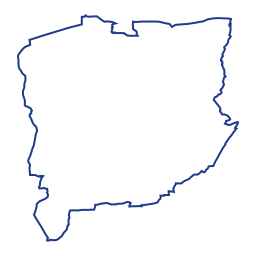 Priboieni, Arges, Romania (orthographic projection)
{"feature_id": "2599482B44265278220237", "entity_name": "Priboieni", "entity_type": "district", "adm_level": 2, "iso_a3": "ROU", "parent_name": "Romania", "parent_adm1": "Arges", "projection": "orthographic", "projection_center": [25.081, 44.876], "detail": "fine", "context": "isolated", "style": "outline", "palette": "blue", "viewbox_px": 256, "rotation_deg": 0, "n_neighbors": 0, "source": "geoboundaries", "source_scale": "gbopen_adm2", "svg_char_len": 5665}
<svg xmlns="http://www.w3.org/2000/svg" viewBox="0 0 256 256"><path d="M211.9,166.1L213.2,166.0L213.2,165.8L213.8,165.1L214.4,163.4L215.3,161.6L216.5,159.5L217.5,157.7L218.6,155.8L219.5,153.9L220.8,151.9L221.9,149.8L223.1,147.7L224.4,145.9L225.4,144.5L225.5,143.2L226.6,141.8L227.7,140.1L228.9,138.5L230.1,136.8L231.4,135.4L232.4,133.9L233.4,132.4L234.5,131.2L235.6,129.3L236.5,128.5L236.2,128.3L235.1,127.9L236.5,125.8L237.6,123.7L238.0,122.6L238.0,122.3L236.9,122.1L236.1,122.5L235.7,122.6L235.3,122.6L230.6,124.7L229.1,125.1L227.3,124.5L225.0,123.7L225.9,122.2L226.1,120.9L227.1,120.7L229.2,120.2L230.2,119.2L229.7,118.2L229.2,117.4L228.2,116.5L227.5,115.7L225.9,115.0L224.4,114.4L222.7,114.5L221.8,114.3L221.5,113.2L220.8,112.1L220.4,112.0L219.8,110.9L220.0,110.0L220.5,109.7L220.0,107.7L214.0,100.1L213.8,100.0L214.0,99.1L214.3,98.2L214.9,97.3L215.8,97.0L216.3,96.5L217.4,96.2L217.8,95.3L218.2,94.6L219.3,94.4L220.0,94.3L220.9,93.4L221.6,92.7L221.5,92.1L221.5,91.5L220.8,90.6L220.4,90.2L221.4,88.9L222.5,87.7L223.5,85.6L224.0,84.6L223.0,81.8L223.9,77.9L225.6,76.6L224.5,74.8L224.4,74.8L224.3,73.4L224.5,71.9L224.1,69.6L222.0,65.1L221.9,64.0L222.5,63.8L222.2,61.2L221.9,61.1L221.3,61.1L220.9,60.2L221.2,58.8L221.7,58.0L222.1,56.9L223.0,56.1L222.3,54.7L225.0,49.2L224.1,47.3L226.5,44.8L228.1,42.3L228.1,40.9L228.5,39.6L229.9,37.7L230.7,36.3L229.3,35.1L230.3,31.9L230.3,31.0L230.6,29.6L230.5,26.6L229.6,25.9L230.3,25.5L229.4,24.3L230.8,23.8L230.1,22.0L231.0,19.0L229.0,18.6L224.6,18.3L222.8,18.3L218.9,18.1L218.4,18.1L214.2,18.3L212.5,18.4L211.9,18.6L210.3,19.0L208.4,19.1L206.6,19.8L203.4,21.3L198.5,22.1L195.1,22.8L191.6,23.3L186.9,24.0L183.7,24.2L176.1,24.8L175.2,25.0L171.9,26.9L169.6,24.0L167.2,23.6L158.3,21.6L152.4,21.5L143.1,21.6L140.7,21.6L136.1,22.0L133.0,21.7L132.8,25.3L133.1,26.8L133.0,28.6L133.8,29.7L135.0,30.4L136.2,31.2L136.7,31.9L136.9,32.5L136.6,33.4L136.7,34.2L137.0,34.9L137.6,35.7L131.4,35.8L130.2,35.7L129.5,35.6L127.8,35.7L126.5,35.0L125.1,34.1L125.2,33.9L123.6,32.9L123.2,33.3L120.9,33.0L119.2,33.0L118.2,33.1L116.7,33.1L115.0,32.9L115.0,32.6L113.2,32.4L113.1,33.0L112.1,32.6L111.8,32.3L111.6,31.4L111.6,30.9L111.7,30.6L112.2,29.7L112.3,29.0L111.9,27.8L112.6,27.6L112.8,27.1L112.1,25.6L112.1,24.9L112.6,24.4L114.3,23.7L115.5,23.4L111.8,21.8L108.8,21.6L106.9,21.3L105.9,21.6L104.9,21.8L103.9,21.4L100.9,19.5L100.3,18.9L98.5,17.6L97.3,16.5L95.4,16.3L93.2,16.5L88.8,16.7L87.0,16.5L85.5,15.4L84.9,16.1L84.3,16.8L81.8,16.8L81.8,24.4L68.6,27.8L44.2,35.2L29.5,39.9L30.2,44.8L25.0,47.0L23.4,48.4L22.3,49.6L18.9,53.9L18.3,55.1L18.0,56.1L18.0,56.6L18.0,57.3L18.4,59.1L18.5,61.4L18.5,63.3L18.7,65.0L18.7,65.3L18.7,65.9L18.8,67.0L19.2,68.2L19.3,68.3L19.6,68.9L20.8,70.5L21.2,71.2L21.8,72.5L22.4,73.4L24.9,75.5L25.3,75.9L25.4,77.5L25.4,77.9L25.5,79.3L25.5,80.4L24.9,81.8L24.2,85.0L24.4,85.9L24.4,87.1L24.3,87.3L23.6,89.4L22.9,91.1L23.0,94.8L23.3,96.1L23.9,97.4L24.9,100.6L24.8,105.4L25.1,105.7L29.6,107.7L30.7,108.5L31.9,110.7L31.2,111.5L31.2,113.5L30.0,114.1L29.5,116.0L30.7,117.9L31.6,119.9L32.1,121.5L33.7,124.4L36.1,126.8L36.5,128.0L37.1,130.7L35.8,134.5L35.1,138.4L33.8,145.4L32.7,147.7L31.0,153.3L30.1,156.2L29.5,157.4L28.8,158.6L28.4,159.9L28.2,160.9L28.5,162.1L30.0,164.6L30.0,165.6L29.5,167.1L29.5,168.8L30.1,175.0L33.3,175.0L33.1,175.0L34.6,175.0L35.5,175.1L35.9,175.3L36.1,175.4L37.1,176.0L40.1,176.7L40.2,175.8L43.1,176.1L41.6,178.0L41.3,178.8L40.2,181.8L39.8,185.6L38.9,187.5L39.6,188.5L41.9,188.4L43.7,187.9L44.6,188.1L45.6,188.9L47.2,188.9L47.5,191.6L47.0,192.7L47.8,194.0L48.0,195.6L47.6,197.0L45.0,198.9L39.6,201.3L36.8,203.9L36.4,207.8L34.9,212.5L34.0,214.6L35.0,216.7L37.8,221.3L41.9,227.8L42.8,229.6L45.8,234.6L48.0,238.0L47.6,238.2L47.5,238.9L47.2,239.7L47.3,240.6L49.1,240.5L49.9,240.1L50.3,239.8L51.7,239.9L52.2,240.1L53.3,240.1L54.0,240.0L54.6,240.2L55.4,240.2L56.9,239.8L57.7,239.1L58.6,238.8L59.2,238.2L60.2,237.2L61.3,236.8L61.7,236.1L62.4,235.1L62.7,234.5L63.3,234.1L63.5,233.1L64.1,232.4L65.2,231.3L66.1,230.2L66.4,229.8L67.2,228.5L67.1,227.5L67.5,226.1L67.8,225.4L68.5,225.2L68.7,224.9L68.7,224.6L68.6,223.8L68.6,222.0L68.5,220.9L68.5,219.6L68.9,218.9L69.4,218.1L69.3,217.9L69.2,216.9L69.3,216.7L68.8,215.4L69.0,213.7L69.5,212.8L69.5,211.9L69.7,211.3L70.2,210.4L74.5,210.3L77.8,210.5L78.7,210.3L82.1,209.9L87.2,209.9L94.2,209.6L95.2,206.5L95.3,204.8L96.8,204.7L98.5,204.5L98.8,204.4L99.4,204.2L100.0,203.9L100.6,203.6L100.9,203.6L101.3,203.7L101.6,203.8L102.9,203.4L103.7,203.4L105.6,203.1L107.0,203.0L107.7,203.2L109.4,203.8L110.1,203.9L111.5,204.5L112.6,204.5L113.3,204.3L114.1,204.4L114.7,204.2L115.2,204.4L116.0,204.5L116.8,203.8L119.0,203.8L120.6,203.7L122.3,203.6L124.2,203.2L126.3,202.2L127.1,202.0L127.5,202.0L129.0,202.2L130.0,202.5L130.4,202.6L130.6,202.7L130.7,203.0L130.1,203.8L129.6,204.8L129.5,205.5L129.4,206.5L129.7,206.5L131.5,206.3L133.6,206.2L134.3,206.3L136.3,206.2L139.1,206.1L141.7,206.3L141.6,205.3L141.8,205.4L144.1,205.0L146.5,204.7L148.0,204.4L151.5,203.9L152.3,203.8L154.6,203.3L157.5,202.4L159.0,199.8L159.8,199.3L160.2,198.8L160.8,197.3L160.7,196.4L160.6,196.1L160.5,195.7L164.3,195.7L164.4,195.0L168.9,195.0L168.6,191.2L169.8,191.3L171.2,191.5L173.9,191.9L173.3,188.6L174.7,185.9L175.7,184.4L175.8,184.0L175.9,183.8L175.9,183.3L177.5,183.4L178.6,183.4L180.2,183.5L180.7,183.4L181.6,183.3L181.7,183.2L182.8,182.1L183.0,181.9L185.1,180.7L186.9,179.9L188.8,179.1L191.5,176.6L192.3,176.1L193.0,175.4L193.7,174.9L193.9,174.7L195.1,174.5L196.3,174.6L197.5,174.6L199.2,173.4L200.4,172.5L201.5,171.1L202.2,171.1L203.3,172.1L204.0,172.3L204.6,172.1L205.4,171.4L205.8,170.1L207.6,168.6L208.1,167.9L208.4,166.9L208.6,166.5L209.3,166.2L211.9,166.1Z" fill="none" stroke="#1e3a8a" stroke-width="2"/></svg>